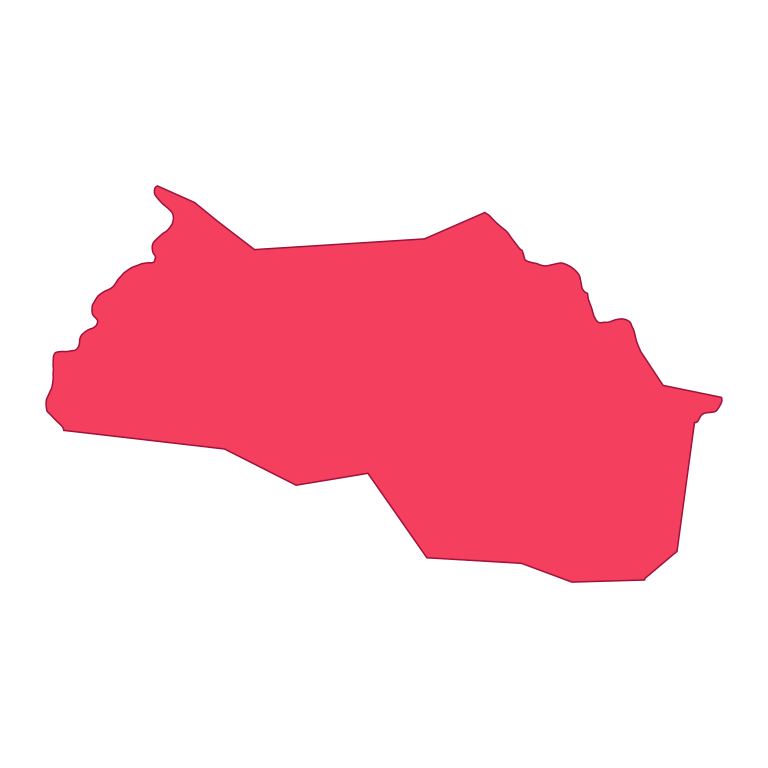 outline of Ilama, Santa Bárbara, Honduras
{"feature_id": "27666195B62278865875513", "entity_name": "Ilama", "entity_type": "district", "adm_level": 2, "iso_a3": "HND", "parent_name": "Honduras", "parent_adm1": "Santa Bárbara", "projection": "orthographic", "projection_center": [-88.165, 15.052], "detail": "fine", "context": "isolated", "style": "filled", "palette": "rose", "viewbox_px": 768, "rotation_deg": 0, "n_neighbors": 0, "source": "geoboundaries", "source_scale": "gbopen_adm2", "svg_char_len": 5986}
<svg xmlns="http://www.w3.org/2000/svg" viewBox="0 0 768 768"><path d="M484.9,212.5L424.4,238.9L254.5,249.6L217.4,221.1L194.6,202.5L157.4,185.9L156.1,186.7L155.8,187.0L155.4,187.5L155.1,187.8L154.9,188.2L154.8,188.5L154.6,189.0L154.5,189.7L154.4,190.6L154.4,191.5L154.4,192.3L154.5,193.0L154.6,193.6L154.8,194.2L155.1,194.9L155.4,195.4L155.9,196.1L156.4,196.8L156.9,197.5L159.3,200.3L162.2,203.4L162.9,204.1L163.7,204.8L164.2,205.2L165.5,206.1L166.1,206.7L167.7,208.0L169.2,209.5L170.2,210.4L171.0,211.3L171.7,212.1L172.2,212.8L172.5,213.4L172.7,213.9L173.0,214.7L173.2,215.7L173.3,216.7L173.4,217.5L173.4,218.5L173.3,219.8L173.0,221.0L172.9,221.6L172.7,222.5L172.5,223.1L172.3,223.5L172.0,224.1L171.7,224.7L171.1,225.6L170.0,227.3L168.9,228.6L167.7,230.0L166.8,230.8L166.5,231.2L166.0,231.5L165.4,231.9L164.4,232.4L163.9,232.7L163.4,233.1L162.5,233.8L160.4,235.6L157.7,238.1L156.3,239.4L155.1,240.6L154.2,241.5L153.9,242.0L153.5,242.4L153.3,242.8L153.0,243.4L152.8,244.1L152.5,245.0L152.3,245.7L152.2,246.4L152.2,247.2L152.2,248.2L152.3,249.2L152.4,249.9L152.6,250.9L152.8,251.9L153.0,252.5L153.3,253.1L153.5,253.6L153.8,254.1L154.1,254.4L154.6,255.0L155.0,255.4L155.1,255.8L155.2,256.1L155.3,256.6L155.4,257.0L155.4,257.5L155.1,258.8L154.6,260.6L154.3,261.5L154.1,261.9L153.9,262.0L153.7,262.2L153.4,262.3L153.0,262.5L152.6,262.6L152.2,262.7L151.7,262.8L151.3,262.8L150.5,262.8L149.6,262.8L148.6,262.8L145.2,263.1L142.9,263.5L142.1,263.6L141.1,263.9L139.7,264.6L138.5,265.0L135.9,265.9L133.3,266.9L131.7,267.6L130.7,268.1L130.0,268.6L128.2,269.8L125.0,272.1L124.4,272.5L124.0,272.9L123.2,273.7L122.5,274.5L120.6,276.7L118.6,278.8L118.1,279.4L117.5,280.2L116.5,282.0L115.8,283.0L115.4,283.6L114.4,285.0L113.4,286.2L112.7,287.0L112.1,287.4L111.5,287.9L111.0,288.3L110.1,288.8L109.5,289.1L108.9,289.4L108.0,289.9L106.6,290.4L105.8,290.7L105.0,291.1L104.1,291.6L102.6,292.5L101.9,293.0L101.0,293.6L99.6,294.6L98.7,295.4L98.3,295.8L97.7,296.4L97.4,296.9L96.9,297.5L96.0,298.9L95.3,300.1L93.8,302.7L93.0,304.0L92.5,305.1L92.3,305.6L92.2,306.0L92.1,307.4L92.0,308.6L92.0,309.7L92.0,311.5L92.1,312.4L92.2,312.9L92.3,313.4L92.5,314.0L92.7,314.5L93.0,315.0L93.4,315.7L93.9,316.2L94.5,316.8L95.5,317.8L95.9,318.2L96.4,318.8L96.8,319.2L97.3,320.0L97.5,320.5L97.6,320.9L97.7,321.3L97.6,321.8L97.5,322.5L97.3,323.2L97.0,323.9L96.8,324.4L96.4,325.1L96.1,325.6L95.6,326.1L95.1,326.6L94.4,327.2L93.5,327.7L92.8,328.1L92.1,328.4L91.5,328.6L90.3,328.9L89.3,329.3L87.9,330.0L86.0,331.2L84.9,332.0L83.5,333.2L82.6,334.0L81.7,334.9L81.1,335.8L80.6,336.5L80.3,337.3L80.1,338.2L79.8,339.1L79.7,339.9L79.6,341.0L79.5,342.6L79.3,343.8L79.2,344.4L78.8,345.7L78.6,346.4L78.4,346.9L78.2,347.3L77.9,347.7L77.5,348.2L77.1,348.7L76.8,349.0L76.3,349.4L75.9,349.8L75.3,350.2L74.9,350.3L74.4,350.4L71.6,350.8L68.6,351.3L67.4,351.5L66.1,351.6L63.5,351.5L61.8,351.5L59.2,351.7L57.5,352.0L56.7,352.2L56.1,352.3L55.8,352.5L55.5,352.7L55.2,352.9L54.7,353.5L54.3,354.2L53.8,355.3L53.5,356.5L53.4,356.8L53.4,357.2L53.2,360.5L53.1,365.3L53.1,366.1L53.3,367.5L53.4,368.6L53.4,370.0L53.2,372.0L53.1,373.3L53.1,374.5L53.2,376.6L53.2,377.7L53.2,379.0L52.9,381.0L52.8,382.2L52.4,384.5L52.3,385.4L51.9,387.3L51.6,388.1L51.2,389.0L46.8,398.6L46.6,399.1L46.4,399.6L46.4,400.1L46.2,400.8L46.1,402.1L46.1,403.3L46.1,404.4L46.2,405.7L46.3,407.3L46.6,409.1L46.9,410.4L47.1,411.2L47.2,411.4L47.4,411.7L47.9,412.2L50.3,414.5L56.3,420.7L57.2,421.6L60.3,424.5L61.4,425.6L62.1,426.4L62.4,426.7L62.7,427.1L62.9,427.6L63.1,428.1L63.3,428.6L63.5,429.1L63.7,430.4L224.5,449.0L296.1,485.2L367.9,473.3L426.9,557.8L521.3,563.3L571.9,582.1L644.6,580.0L644.9,578.4L672.9,554.8L677.0,551.5L694.5,422.5L694.8,422.5L695.3,422.6L695.7,422.6L695.9,422.5L696.2,422.4L696.7,422.2L697.0,421.9L697.5,421.6L697.8,421.1L698.5,420.1L698.9,419.3L700.0,417.3L700.6,416.3L701.1,415.6L701.5,415.1L702.0,414.6L702.6,414.2L703.2,413.8L703.9,413.5L704.5,413.3L705.4,413.0L706.4,412.8L707.5,412.7L709.3,412.5L710.9,412.4L712.3,412.2L713.6,412.0L714.3,411.9L715.1,411.5L715.8,411.2L716.4,410.8L716.9,410.2L717.4,409.5L718.0,408.7L719.1,407.0L720.1,405.3L720.6,404.4L721.0,403.6L721.3,402.8L721.6,401.9L721.8,401.4L721.9,400.7L721.9,400.1L721.9,399.5L721.8,398.7L721.7,398.0L721.5,397.4L663.1,385.4L640.7,351.5L639.3,348.3L637.9,345.0L636.7,341.7L635.7,338.2L634.8,334.0L634.3,332.2L633.5,329.5L631.9,326.3L631.1,324.2L630.5,322.7L630.0,322.2L629.3,321.4L628.2,320.8L626.8,320.0L625.1,319.4L622.3,318.9L619.7,319.0L617.7,319.3L614.6,320.0L611.5,321.2L608.9,322.1L606.3,322.4L604.3,322.2L603.4,322.4L601.4,322.7L599.9,322.8L598.9,322.4L598.0,322.1L596.3,320.4L595.2,318.4L594.0,316.2L593.0,313.0L592.0,309.3L591.2,306.8L590.5,305.1L590.0,303.7L589.5,302.3L589.1,301.1L588.4,299.6L587.5,293.4L586.5,292.9L586.0,292.7L585.2,292.2L584.5,291.6L583.9,291.0L583.4,290.5L582.9,289.7L582.4,288.9L582.1,288.3L581.9,287.5L581.5,285.3L580.7,281.1L580.4,279.7L580.0,277.4L579.8,276.8L579.6,276.3L579.3,275.6L579.0,275.0L578.8,274.5L578.4,274.0L577.8,273.2L577.1,272.4L576.1,271.2L575.1,270.3L574.5,269.6L573.7,269.0L572.5,268.0L571.8,267.5L570.7,266.8L569.2,265.9L568.3,265.5L567.4,265.0L566.5,264.6L564.8,263.9L563.9,263.6L563.1,263.4L561.9,263.0L561.4,263.0L561.0,263.0L560.2,263.0L559.2,263.2L557.4,263.5L547.2,265.8L546.4,265.9L545.9,265.9L545.5,265.9L544.8,265.9L543.9,265.8L543.0,265.7L541.7,265.4L541.0,265.2L540.3,265.0L539.6,264.7L538.2,264.1L537.7,263.9L536.8,263.6L535.1,263.2L532.1,262.7L530.4,262.2L528.7,261.7L527.2,261.1L526.3,260.7L525.7,260.3L525.3,260.1L525.1,259.8L524.9,259.6L524.8,259.2L524.5,258.4L523.9,256.0L523.5,254.6L522.6,251.8L522.5,251.3L522.3,250.9L522.0,250.5L521.7,250.2L520.7,249.5L519.9,248.9L519.5,248.5L519.0,247.9L511.3,237.8L510.5,236.7L509.4,235.0L508.8,234.1L507.8,232.8L506.6,231.5L505.4,230.3L504.4,229.5L502.6,228.1L500.0,226.0L497.5,223.8L496.2,222.6L495.0,221.5L493.5,219.9L492.2,218.6L490.2,216.4L489.3,215.6L488.8,215.1L488.3,214.7L487.7,214.4L486.2,213.4L485.5,212.9L484.9,212.5Z" fill="#f43f5e" stroke="#9f1239" stroke-width="1.5"/></svg>